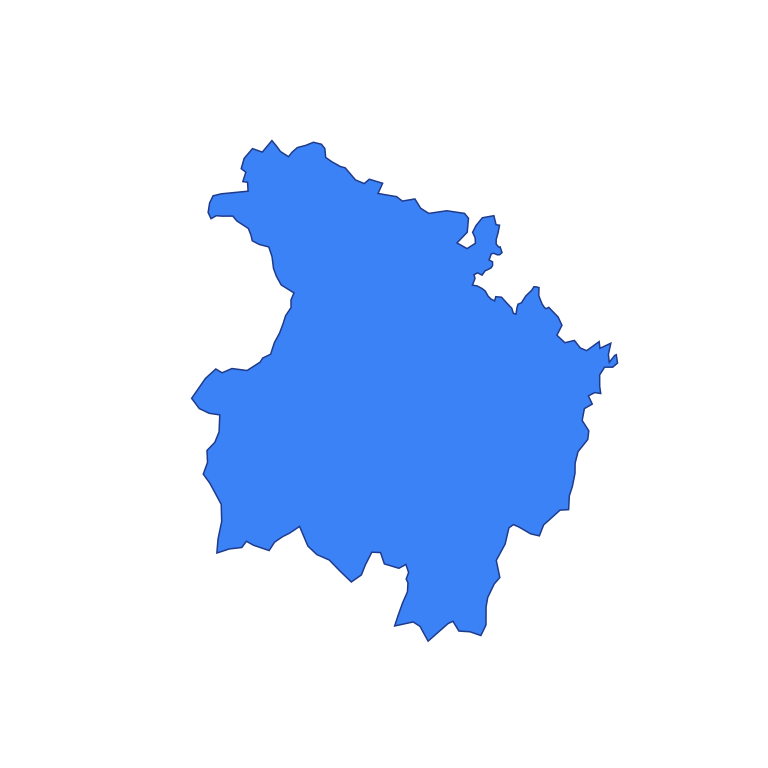 Tera, Paphos, Cyprus (Robinson projection), rotated 335°
{"feature_id": "46923920B5326645016931", "entity_name": "Tera", "entity_type": "district", "adm_level": 2, "iso_a3": "CYP", "parent_name": "Cyprus", "parent_adm1": "Paphos", "projection": "robinson", "projection_center": [32.428, 34.979], "detail": "fine", "context": "isolated", "style": "filled", "palette": "blue", "viewbox_px": 768, "rotation_deg": 335, "n_neighbors": 0, "source": "geoboundaries", "source_scale": "gbopen_adm2", "svg_char_len": 2943}
<svg xmlns="http://www.w3.org/2000/svg" viewBox="0 0 768 768"><g transform="rotate(335 384 384)"><path d="M565.8,384.2L562.5,384.2L561.7,382.3L561.1,378.4L561.4,372.2L561.7,369.2L563.3,365.9L565.2,362.2L563.6,360.7L561.0,359.2L557.6,361.4L549.8,364.1L542.8,368.5L539.2,368.3L536.8,371.0L533.2,376.4L531.1,374.6L531.8,369.4L529.4,362.1L527.2,355.0L522.2,352.1L519.4,355.4L516.8,352.1L515.4,348.1L515.1,342.6L513.3,339.0L509.8,334.4L505.9,331.8L511.1,326.8L511.7,323.0L515.8,322.8L518.9,326.8L523.3,324.2L526.9,324.2L530.2,324.0L532.5,322.4L534.0,319.2L531.6,315.9L533.5,314.2L536.2,311.4L538.7,311.9L541.3,314.8L543.5,315.7L546.5,314.8L547.2,308.8L545.9,308.6L544.8,304.7L546.7,300.5L551.5,294.9L555.8,288.9L552.9,287.0L554.7,277.9L543.4,274.9L534.2,279.4L528.4,284.0L528.4,290.0L526.3,295.1L516.5,296.4L509.8,287.0L523.6,281.6L530.6,269.5L529.1,263.4L514.1,253.5L496.7,248.3L491.5,240.2L490.2,229.3L478.0,226.0L475.6,221.5L474.7,219.6L459.1,208.8L467.6,201.5L457.2,192.2L450.8,194.0L444.4,187.0L440.2,171.7L436.4,168.5L430.7,160.6L426.9,154.0L429.9,145.6L428.6,140.2L422.2,135.1L413.5,134.6L405.4,133.1L398.6,135.1L393.5,137.6L388.4,129.5L387.1,122.9L385.3,116.0L371.7,122.4L364.3,115.1L352.6,120.4L345.6,128.5L348.3,133.6L341.6,140.9L345.6,143.5L342.3,151.8L317.0,142.9L308.6,141.2L302.4,146.3L297.1,154.2L297.1,161.1L303.1,160.6L308.3,163.5L317.9,167.9L319.6,174.2L326.8,185.7L326.3,193.1L325.1,198.5L329.9,204.8L337.5,211.1L336.3,221.4L332.7,232.5L332.0,241.0L332.7,250.8L340.9,263.4L335.2,268.5L332.1,275.4L323.7,280.5L317.9,286.8L311.0,293.6L302.1,300.2L293.8,309.1L285.0,309.2L281.1,311.8L265.6,313.9L252.7,305.7L242.0,305.4L237.9,299.3L224.5,303.5L203.6,315.7L206.2,328.2L213.2,336.7L222.1,342.6L214.3,357.7L206.0,365.4L195.5,369.4L190.9,380.5L182.1,389.3L184.2,400.2L185.0,413.2L185.6,424.3L178.8,440.0L168.1,454.3L161.1,466.5L163.0,466.8L174.0,468.1L186.1,472.1L192.8,468.4L197.6,475.0L209.5,486.4L218.0,481.1L227.7,479.5L235.2,479.3L247.3,477.4L246.5,498.7L251.1,510.3L260.0,520.4L265.3,535.6L270.7,549.6L282.8,547.5L290.6,540.1L301.9,531.3L309.6,535.3L308.3,547.2L319.6,557.3L327.6,556.8L326.6,565.3L321.7,570.1L321.7,574.3L317.4,582.3L308.6,590.0L298.4,600.3L291.4,607.8L309.9,612.0L314.2,618.9L315.3,635.7L340.8,628.2L346.2,628.2L347.5,639.6L357.2,644.9L365.5,652.9L374.6,645.5L382.4,629.0L387.8,621.3L399.4,611.8L407.2,608.3L411.2,591.3L426.2,580.2L436.4,567.2L441.8,566.1L445.6,570.3L453.6,581.8L460.6,587.3L469.2,579.1L477.3,576.7L490.2,572.7L498.2,575.9L504.7,563.7L511.4,556.5L519.4,545.6L523.7,536.6L531.3,527.3L545.2,520.4L549.8,513.0L548.2,500.8L555.2,491.0L564.3,490.2L564.2,481.2L571.3,480.8L576.4,484.2L578.5,477.3L583.3,466.9L591.0,462.0L598.4,465.4L604.5,463.7L606.9,455.6L605.2,455.6L597.4,459.5L599.8,452.1L606.8,442.9L594.8,442.9L596.9,436.5L581.7,439.4L577.1,434.2L575.0,425.0L565.4,423.0L561.3,412.9L570.1,406.0L570.1,396.8L566.0,385.0L565.8,384.2Z" fill="#3b82f6" stroke="#1e3a8a" stroke-width="1.5"/></g></svg>